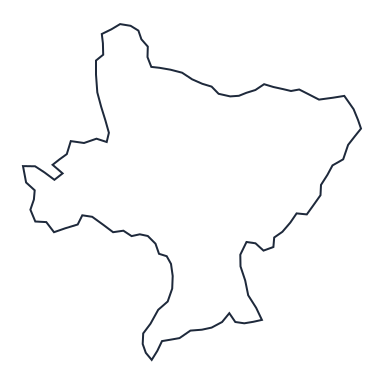 the district of Presidente Castello Branco, Santa Catarina, Brazil
{"feature_id": "56859067B89740019221326", "entity_name": "Presidente Castello Branco", "entity_type": "district", "adm_level": 2, "iso_a3": "BRA", "parent_name": "Brazil", "parent_adm1": "Santa Catarina", "projection": "orthographic", "projection_center": [-51.785, -27.238], "detail": "fine", "context": "isolated", "style": "outline", "palette": "slate", "viewbox_px": 384, "rotation_deg": 0, "n_neighbors": 0, "source": "geoboundaries", "source_scale": "gbopen_adm2", "svg_char_len": 1484}
<svg xmlns="http://www.w3.org/2000/svg" viewBox="0 0 384 384"><path d="M142.7,344.0L145.8,352.8L151.7,359.9L157.3,350.9L162.0,341.1L171.0,339.6L179.5,338.1L190.4,330.6L201.9,329.7L211.6,327.6L222.1,322.0L229.3,313.2L235.3,322.0L244.3,323.3L253.3,321.8L261.9,319.9L256.2,307.9L248.2,295.3L245.2,280.5L240.5,266.4L240.3,254.7L246.5,242.0L255.5,243.3L263.5,250.6L273.4,247.0L274.2,237.5L282.4,231.8L290.3,222.6L296.6,213.4L306.8,214.4L313.7,204.8L320.5,195.2L321.0,184.9L327.4,174.9L332.5,165.4L343.2,159.3L348.1,144.9L354.9,136.2L361.0,128.6L358.0,119.9L353.6,109.2L344.3,95.9L333.1,97.7L319.0,99.6L307.7,93.8L299.2,89.5L291.0,91.0L283.0,89.1L273.4,87.0L264.1,84.2L255.4,90.0L246.4,92.8L238.9,95.8L230.2,96.4L218.6,93.8L211.6,86.6L202.3,83.8L192.1,79.3L182.1,72.7L170.5,69.7L159.5,67.8L151.3,66.9L147.5,57.1L147.8,46.6L141.4,39.3L138.4,30.6L130.6,25.8L120.1,24.1L111.4,29.3L101.8,34.0L102.9,43.2L103.2,54.7L96.0,60.5L96.0,74.6L97.3,92.4L101.2,106.9L105.4,120.4L108.9,132.8L106.7,142.0L96.5,138.7L84.0,143.0L70.8,141.1L66.8,154.1L59.6,159.3L52.6,164.8L62.6,173.4L54.4,179.8L44.6,172.5L35.1,166.3L23.0,166.1L26.1,182.5L34.7,190.3L33.9,199.5L30.4,209.7L35.3,221.5L46.3,222.1L54.0,232.2L65.2,228.3L77.7,224.5L82.3,215.3L92.2,216.8L103.4,224.9L113.1,232.2L123.4,230.7L131.6,236.1L139.8,234.3L147.8,236.0L155.5,243.7L159.0,253.8L166.7,256.2L171.0,263.9L172.7,276.0L172.2,288.6L167.7,301.5L158.2,309.8L150.5,323.7L143.2,333.4L142.7,344.0Z" fill="none" stroke="#1e293b" stroke-width="2"/></svg>